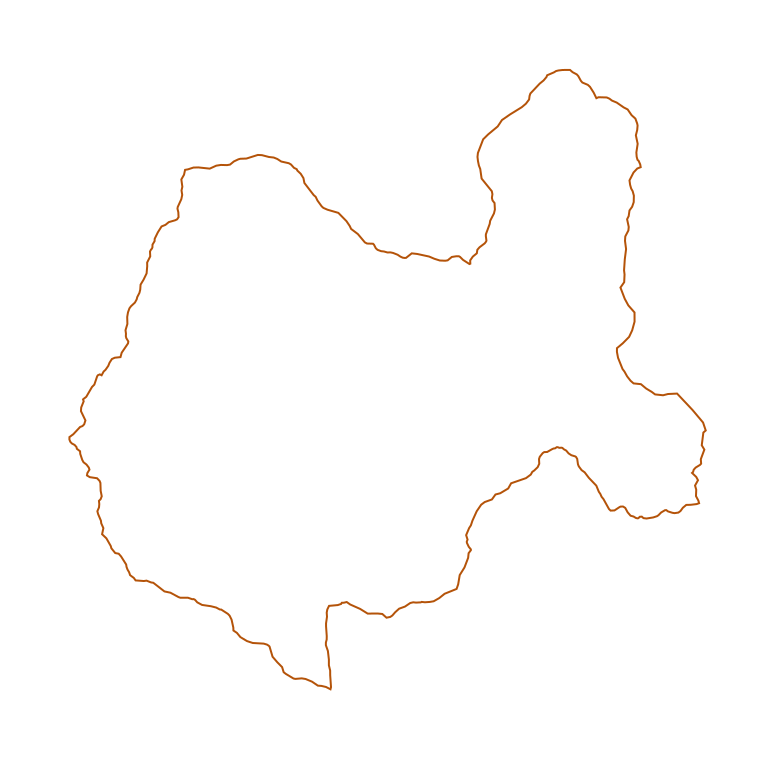 Toewang, Punakha, Bhutan, rotated 266°
{"feature_id": "84629894B31027958924606", "entity_name": "Toewang", "entity_type": "district", "adm_level": 2, "iso_a3": "BTN", "parent_name": "Bhutan", "parent_adm1": "Punakha", "projection": "albers", "projection_center": [89.944, 27.737], "detail": "fine", "context": "isolated", "style": "outline", "palette": "amber", "viewbox_px": 768, "rotation_deg": 266, "n_neighbors": 0, "source": "geoboundaries", "source_scale": "gbopen_adm2", "svg_char_len": 6108}
<svg xmlns="http://www.w3.org/2000/svg" viewBox="0 0 768 768"><g transform="rotate(266 384 384)"><path d="M243.1,690.0L245.7,689.5L250.4,687.4L256.8,688.1L261.0,687.2L266.1,690.5L269.5,689.0L273.8,685.1L274.7,686.2L276.9,687.0L278.9,689.1L281.2,693.5L282.4,694.8L286.9,694.8L296.2,699.0L300.7,696.7L313.3,699.2L315.2,701.7L323.3,699.6L336.5,690.0L354.0,675.7L354.2,666.6L353.3,661.6L354.7,653.7L357.4,650.6L361.2,645.2L365.9,640.3L367.2,633.0L370.0,630.2L374.6,627.1L379.7,624.7L382.3,623.0L393.8,619.3L399.8,618.6L403.5,618.9L408.0,625.1L413.9,631.8L420.2,635.3L428.7,638.3L437.9,638.9L445.4,633.2L452.2,630.1L463.7,626.6L468.8,630.7L476.5,631.6L480.6,631.4L491.6,632.9L501.7,634.9L510.0,634.4L514.4,635.0L520.1,638.5L523.6,639.1L531.4,638.0L534.4,639.8L540.0,641.0L543.5,643.9L548.0,645.8L554.5,646.4L559.0,645.5L561.7,644.2L565.5,643.4L570.0,643.1L577.6,647.7L581.3,651.7L582.4,655.2L585.2,654.9L588.8,653.6L590.0,652.5L593.1,651.9L597.4,651.9L605.9,653.8L614.5,652.6L619.7,654.3L624.2,655.0L626.3,654.7L631.2,653.3L634.8,649.8L640.9,646.2L643.2,642.4L648.5,635.8L650.8,631.2L652.9,628.8L654.3,626.2L655.1,618.0L654.3,615.8L660.0,613.5L666.1,610.2L668.2,608.2L670.9,602.9L672.8,601.5L677.6,599.3L679.4,597.9L681.9,593.9L684.3,591.5L684.8,584.2L684.6,579.9L684.2,577.5L683.0,575.2L680.6,568.3L678.9,567.5L675.7,564.4L672.8,560.3L663.6,550.3L661.2,549.3L657.7,548.6L653.7,545.1L650.5,540.7L644.2,528.7L639.1,520.1L633.0,515.4L625.8,505.4L621.2,500.0L607.9,493.8L604.0,493.1L599.8,493.3L595.3,493.9L591.8,495.0L582.1,495.7L568.8,505.0L565.8,505.4L562.1,504.6L559.5,505.1L556.8,506.9L550.3,506.8L546.5,505.6L539.4,501.3L536.3,500.6L526.3,496.1L524.5,495.9L519.9,496.2L519.0,495.8L517.3,494.3L513.7,488.8L511.4,486.5L507.9,485.7L504.9,481.5L501.3,478.6L498.0,478.5L497.7,477.6L502.3,471.5L505.5,468.7L506.2,467.6L506.4,465.1L506.0,460.5L502.9,456.1L502.7,453.7L503.3,448.3L505.4,443.0L508.0,437.9L511.4,426.2L512.4,420.8L508.3,414.8L508.3,413.4L508.7,411.5L509.9,409.3L512.0,406.6L514.1,402.2L514.8,399.8L515.0,396.5L516.2,393.2L516.7,390.4L518.3,386.9L520.0,385.3L523.7,383.7L524.7,382.8L525.3,376.9L526.6,374.8L535.4,368.4L541.0,362.0L544.1,360.8L549.1,357.9L557.9,350.4L561.8,339.8L563.9,335.8L565.6,334.2L571.7,330.4L575.5,328.9L577.4,327.0L590.1,318.6L595.0,318.0L599.5,315.6L603.0,312.4L604.4,311.9L605.9,309.3L609.5,306.5L610.9,304.4L613.1,297.0L615.9,293.3L617.6,289.8L618.5,285.0L620.8,278.2L621.3,274.1L618.5,262.5L618.7,256.4L618.3,254.4L616.5,249.8L613.6,245.7L613.3,242.7L613.9,236.6L613.5,231.9L611.0,225.2L613.0,213.9L613.2,209.0L611.8,203.4L611.5,200.5L606.7,199.1L602.2,196.1L594.8,196.6L591.2,195.5L586.7,195.9L582.5,194.7L575.0,190.6L573.3,190.2L569.7,190.8L564.8,190.7L562.7,189.1L561.9,187.1L560.5,180.6L558.0,177.1L556.7,173.1L551.1,169.0L544.9,165.4L542.5,165.1L539.2,162.8L536.4,162.5L535.2,161.9L534.4,161.0L532.5,159.8L527.6,159.7L521.7,156.2L518.0,156.0L510.9,154.9L504.8,151.4L500.1,148.1L495.1,147.4L492.0,146.4L487.9,143.9L485.7,143.2L482.6,141.2L479.2,137.0L477.2,135.3L473.3,133.6L468.8,132.5L461.8,132.2L455.7,129.9L452.1,130.1L449.7,129.8L447.8,130.1L444.3,131.9L442.4,131.5L433.5,124.5L429.2,123.0L429.0,117.3L427.9,114.3L424.4,111.7L421.3,110.2L417.6,107.2L416.0,105.2L412.4,102.9L413.4,101.2L412.7,99.2L411.7,98.4L403.6,95.0L401.4,92.5L392.0,86.1L389.7,82.7L387.7,83.2L381.7,80.3L378.1,79.8L368.5,83.6L364.7,82.1L363.1,80.3L362.3,77.8L355.6,70.6L353.0,66.5L350.6,66.3L348.3,67.0L346.5,68.4L344.8,71.1L342.6,72.8L340.8,73.1L338.1,76.1L335.5,76.1L329.3,77.7L326.9,78.8L324.4,81.6L321.2,83.7L319.1,84.2L315.9,81.9L313.5,81.3L311.6,84.0L310.0,91.2L307.2,93.5L305.1,94.2L297.2,93.9L291.7,94.6L288.9,93.3L287.3,91.5L284.1,91.6L280.8,91.1L277.1,89.2L274.3,89.7L267.3,92.1L264.8,92.2L259.8,94.0L253.8,92.3L249.4,96.3L241.5,100.1L239.1,100.6L234.1,104.1L233.2,107.5L230.3,109.7L221.9,114.2L219.5,114.4L216.8,115.2L214.0,116.6L211.0,117.4L208.0,120.9L205.4,122.5L204.2,130.7L204.4,133.4L202.3,137.8L201.8,140.0L192.4,150.5L190.7,156.4L185.8,164.1L185.0,165.9L184.5,173.4L182.7,177.7L182.7,179.1L181.9,180.4L179.2,182.5L176.3,187.1L174.4,195.8L172.7,201.0L170.5,204.5L170.4,205.8L165.6,212.2L163.7,213.8L159.6,215.5L151.5,216.7L148.6,216.6L146.0,219.9L141.5,223.1L137.1,229.4L134.8,235.0L133.4,245.9L132.2,249.1L131.0,250.7L130.1,251.5L119.7,253.8L113.8,258.2L108.7,262.6L103.5,263.8L101.7,265.8L96.5,273.2L96.0,275.0L96.1,281.4L95.2,285.2L92.1,291.4L87.7,297.0L87.2,300.5L85.8,305.0L83.2,309.3L85.3,310.0L97.2,310.0L101.9,310.3L107.2,309.4L113.0,309.8L121.6,309.4L127.5,307.8L130.2,308.0L133.1,309.0L136.5,309.3L146.4,309.3L149.3,309.5L155.8,310.9L159.9,310.9L163.0,311.7L166.5,313.7L166.7,322.5L167.6,325.9L168.7,326.6L168.6,328.6L169.1,331.6L166.4,334.9L161.3,344.5L156.1,351.7L155.5,361.6L154.7,366.3L150.7,370.2L151.2,374.0L152.5,376.2L155.5,379.2L158.8,383.4L160.5,389.4L163.7,394.9L164.2,397.9L163.7,400.7L163.6,405.5L164.0,406.3L163.4,409.6L163.4,414.5L163.8,418.4L166.6,424.2L170.5,429.8L174.5,442.1L178.9,444.0L188.1,446.2L195.4,451.5L204.7,455.8L209.3,456.6L212.2,459.1L213.0,459.1L215.7,457.2L219.8,455.6L221.1,455.6L222.9,456.5L227.5,455.4L234.4,458.9L236.9,460.8L241.5,462.7L250.6,467.6L256.8,472.5L259.2,476.2L261.3,483.6L266.0,487.5L266.9,492.3L271.1,500.6L276.1,503.9L280.2,519.1L283.4,524.1L286.0,525.8L287.2,527.8L290.3,531.5L293.6,533.3L298.3,533.4L300.5,534.3L304.0,537.5L304.9,539.1L304.8,542.0L307.2,547.0L307.8,548.6L307.9,550.2L308.9,551.9L308.8,553.0L308.1,554.4L308.1,556.5L307.8,557.5L306.3,558.9L304.9,561.1L301.9,563.3L299.9,565.9L298.4,569.8L297.8,570.5L295.8,571.5L290.3,571.9L288.2,572.6L284.3,575.1L281.9,578.0L276.1,581.8L267.8,588.7L261.5,590.8L259.3,592.1L256.3,593.2L253.9,594.9L243.6,599.7L241.9,601.2L241.8,605.1L244.8,610.4L245.2,611.4L245.1,613.9L243.6,616.0L239.0,618.1L235.4,620.8L234.4,623.7L232.8,625.9L232.3,627.5L232.4,628.4L233.7,629.9L233.7,631.1L233.7,631.9L232.1,633.5L231.5,636.5L232.1,643.2L233.1,647.2L234.0,648.7L236.5,651.5L238.5,655.5L238.5,656.8L237.1,658.4L235.4,662.7L234.9,664.8L235.2,668.7L236.6,670.9L239.7,673.5L242.3,677.1L242.1,681.5L242.4,687.5L243.1,690.0Z" fill="none" stroke="#b45309" stroke-width="2"/></g></svg>